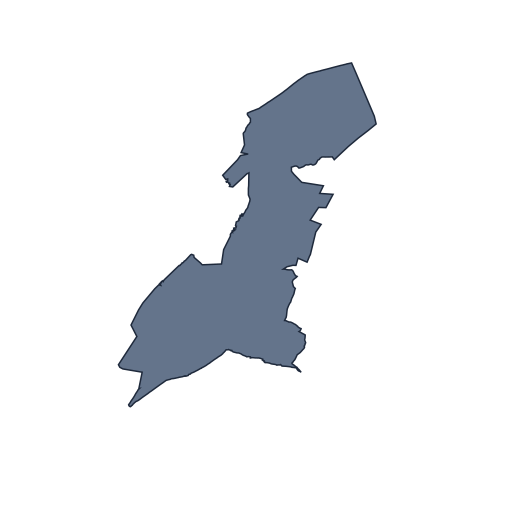 Sabanilla, Chiapas, Mexico, rotated 234°
{"feature_id": "50627088B78284719360183", "entity_name": "Sabanilla", "entity_type": "district", "adm_level": 2, "iso_a3": "MEX", "parent_name": "Mexico", "parent_adm1": "Chiapas", "projection": "equal_earth", "projection_center": [-92.63, 17.325], "detail": "fine", "context": "isolated", "style": "filled", "palette": "slate", "viewbox_px": 512, "rotation_deg": 234, "n_neighbors": 0, "source": "geoboundaries", "source_scale": "gbopen_adm2", "svg_char_len": 6104}
<svg xmlns="http://www.w3.org/2000/svg" viewBox="0 0 512 512"><g transform="rotate(234 256 256)"><path d="M292.2,430.8L299.6,433.9L345.2,444.4L356.0,446.8L358.1,442.2L358.2,441.7L359.2,439.3L359.9,437.5L360.1,437.2L363.0,429.8L365.3,423.8L366.6,420.6L367.7,417.8L368.1,416.5L368.3,416.1L369.5,413.2L371.9,407.0L372.9,404.2L373.0,402.1L373.1,401.5L373.1,400.1L373.3,393.5L373.2,390.1L373.2,388.0L372.7,378.4L372.7,375.7L372.6,375.2L372.6,374.4L372.6,371.8L373.1,357.4L373.2,356.6L373.3,355.3L373.2,354.1L373.3,353.3L373.3,352.1L373.4,351.0L373.4,350.6L373.6,347.1L373.5,345.6L375.9,336.6L376.6,333.1L375.8,332.3L374.9,332.1L372.0,332.1L370.8,332.3L370.5,332.3L367.5,330.1L367.3,328.9L367.0,328.5L366.8,327.9L366.7,326.7L366.3,325.6L365.6,324.1L365.4,323.2L364.8,322.5L364.1,321.7L363.6,320.9L363.1,319.5L363.1,318.8L362.8,318.0L362.5,317.6L352.6,312.0L348.4,304.7L343.1,309.6L346.4,302.5L344.7,297.6L340.9,276.5L335.7,276.5L335.0,278.4L333.5,277.3L333.9,275.8L333.8,275.6L333.5,275.5L332.9,275.6L332.7,276.3L332.4,276.6L332.1,276.6L330.7,277.3L330.6,276.6L329.7,276.6L329.6,276.9L329.1,277.2L328.5,276.4L327.9,275.4L325.5,277.8L327.2,291.9L327.9,297.3L327.5,298.0L327.4,299.1L317.1,291.3L315.2,289.6L310.8,286.4L309.8,285.7L309.0,285.5L308.1,285.3L305.5,284.6L304.0,283.2L300.9,278.8L300.1,277.9L299.4,276.0L299.1,274.7L298.1,273.0L297.1,270.5L296.1,268.7L296.9,268.0L296.9,267.9L297.0,268.0L297.3,268.7L297.5,269.1L297.2,269.7L297.8,269.9L298.2,269.2L298.3,269.2L298.1,268.5L297.9,268.6L297.6,267.3L298.1,266.9L296.9,265.8L296.6,265.6L296.2,265.5L296.0,265.1L296.4,264.6L295.8,264.0L296.0,263.7L295.8,263.5L295.4,263.6L294.9,263.3L294.8,263.1L294.7,262.6L295.0,261.5L295.0,261.2L295.1,259.9L294.3,259.2L292.7,257.3L292.2,257.2L292.1,257.3L291.9,257.2L291.6,257.6L290.9,256.8L290.5,256.1L290.9,255.7L291.0,255.6L291.4,255.0L291.3,254.9L291.6,254.3L291.0,254.0L290.8,253.8L290.6,253.4L290.0,254.1L290.2,252.1L289.4,252.9L289.6,251.0L288.9,250.8L289.4,250.4L289.3,249.9L288.6,248.0L287.1,246.9L280.2,233.6L269.8,223.4L280.5,207.3L282.9,207.0L291.2,205.1L293.3,206.1L294.5,205.2L295.1,205.0L295.4,203.9L293.9,196.4L294.0,194.7L293.7,194.2L293.5,193.0L293.9,192.1L293.5,191.6L293.3,189.3L293.0,189.0L293.1,188.5L293.5,188.1L290.7,167.8L290.6,167.7L290.4,166.8L289.9,166.0L290.5,165.9L290.5,165.3L290.8,165.5L290.9,164.3L290.0,163.6L290.4,163.0L290.3,162.9L290.4,162.7L290.2,161.6L289.3,161.9L288.2,161.7L289.8,160.4L289.0,154.9L284.5,136.9L281.4,129.3L273.6,114.3L260.9,112.3L248.9,80.8L246.0,80.4L242.9,81.9L228.9,95.6L217.5,83.2L217.3,83.7L217.2,83.0L217.2,82.9L217.2,82.6L217.1,82.1L216.5,80.9L215.9,79.3L215.4,77.9L214.1,75.2L213.6,73.9L213.0,72.4L212.5,70.8L211.9,69.1L211.4,68.2L211.0,66.8L210.5,65.5L209.4,65.2L208.5,65.4L207.9,65.8L207.9,66.4L207.9,66.8L208.1,67.1L208.1,67.3L208.0,67.7L208.0,68.1L208.2,68.8L208.4,69.3L208.5,70.5L208.7,71.2L208.8,73.6L208.4,75.1L208.3,77.6L208.4,80.7L208.3,88.1L208.4,89.8L208.3,91.6L208.3,94.8L208.3,97.3L208.3,102.1L208.2,107.8L208.2,110.2L207.3,112.6L206.7,113.9L206.5,115.0L206.0,116.3L205.6,116.6L205.3,117.4L204.9,118.1L203.8,120.7L203.3,121.7L203.1,122.5L202.6,123.4L201.5,125.7L201.1,127.0L201.0,127.7L200.7,128.2L200.4,128.0L199.6,129.5L199.6,130.0L199.2,130.9L199.7,132.1L199.1,133.2L199.2,134.3L199.3,134.9L198.8,136.4L198.8,136.8L198.5,137.8L198.4,138.7L198.2,140.1L197.9,141.8L197.6,144.9L197.3,145.9L197.5,146.1L197.1,148.2L196.9,150.1L196.8,151.0L196.8,153.5L196.6,155.7L196.7,156.6L196.7,159.3L196.7,161.1L196.5,165.4L196.6,166.1L196.3,169.2L196.5,171.6L196.8,172.6L196.9,173.6L197.4,175.9L197.7,176.7L196.5,178.3L196.5,178.8L195.3,179.5L195.2,179.6L194.6,180.2L194.1,180.1L193.8,180.9L192.8,180.7L191.6,181.3L189.1,183.4L188.7,183.7L188.1,184.6L187.4,185.2L185.5,186.4L184.3,186.8L183.2,187.3L182.7,187.6L182.4,187.9L180.6,189.0L179.8,189.3L179.3,190.4L178.9,191.0L178.3,191.5L177.7,192.2L176.8,191.5L176.4,192.4L175.7,193.6L173.8,195.7L173.0,196.8L172.5,197.4L171.9,198.3L170.5,199.5L168.5,200.8L168.0,200.0L166.7,200.8L166.6,200.5L165.8,200.9L165.6,200.4L164.5,200.6L163.8,201.4L163.4,202.1L161.3,204.1L160.0,204.8L159.3,205.4L157.1,207.7L155.9,208.6L155.4,208.7L155.1,209.5L154.3,210.7L153.7,211.4L153.7,212.1L151.7,212.3L149.0,215.6L146.7,218.1L145.9,218.9L144.7,219.7L144.0,220.6L141.9,222.7L140.8,222.9L140.3,222.6L138.6,222.7L137.6,223.1L137.0,223.6L135.4,224.2L138.9,224.0L140.1,223.7L140.6,223.7L141.7,223.7L142.2,223.6L142.8,223.2L145.4,222.6L147.7,221.8L148.3,222.3L148.5,222.8L148.4,223.4L149.1,225.3L149.1,225.9L149.6,227.1L150.5,228.8L151.9,231.3L151.9,235.0L152.4,237.4L152.7,238.6L153.0,240.4L153.8,241.8L154.6,241.9L155.2,242.7L155.3,243.4L156.3,244.3L156.5,245.1L156.9,245.3L159.5,246.0L160.8,247.4L162.2,248.6L163.2,249.4L169.6,246.4L169.5,247.4L169.7,248.1L170.4,249.4L170.6,249.8L170.8,249.8L171.4,249.4L171.7,249.1L173.2,248.5L173.9,248.3L174.5,248.4L175.0,248.1L175.4,248.2L177.5,247.6L178.7,246.9L180.0,246.4L182.0,245.3L182.7,244.6L183.3,243.7L184.5,243.2L185.0,242.7L186.0,242.3L187.0,241.2L187.9,242.8L188.6,244.3L189.8,245.6L193.6,249.0L194.8,250.2L196.4,252.7L197.4,254.5L197.9,255.5L198.3,256.9L200.7,260.0L201.2,261.1L203.1,264.4L206.0,267.7L206.6,268.7L209.2,268.3L213.7,270.1L214.8,271.8L215.0,273.8L215.0,276.0L215.1,276.6L215.3,277.3L216.8,276.4L219.7,276.6L220.7,276.9L222.4,277.1L223.8,276.8L225.3,274.6L226.6,273.1L228.3,271.7L229.3,270.4L229.1,274.7L226.8,280.4L224.9,282.8L229.5,288.7L221.0,293.7L224.6,299.5L225.1,300.7L240.2,318.4L243.3,327.3L253.2,320.9L258.5,335.2L254.0,341.0L260.6,354.6L269.2,344.3L273.2,351.8L288.7,336.3L296.5,335.2L299.7,334.7L303.7,334.5L307.0,336.8L306.0,340.1L305.2,341.4L303.9,342.2L302.1,342.3L301.5,343.1L301.0,344.9L300.5,346.7L300.4,347.4L300.5,349.3L300.2,350.2L299.9,350.8L299.4,351.2L299.1,351.6L298.8,352.2L298.6,352.9L298.2,354.0L297.7,354.6L296.2,355.4L295.8,356.2L295.5,357.3L295.5,358.5L295.9,359.8L296.6,361.1L297.1,362.2L297.2,362.8L297.0,363.5L296.9,364.0L297.0,364.4L297.3,364.8L297.4,365.2L297.4,367.3L296.8,368.4L295.3,370.3L291.3,376.0L287.9,375.9L290.3,394.8L291.3,408.2L291.6,420.3L292.2,430.8Z" fill="#64748b" stroke="#1e293b" stroke-width="1.5"/></g></svg>